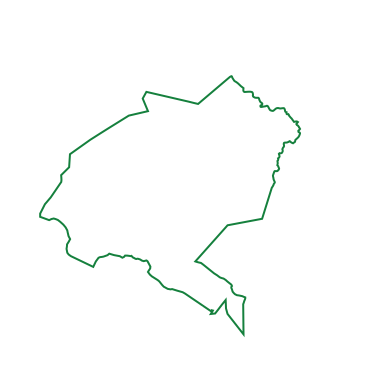 Santiago Miltepec, Oaxaca, Mexico, rotated 124°
{"feature_id": "50627088B74886386761590", "entity_name": "Santiago Miltepec", "entity_type": "district", "adm_level": 2, "iso_a3": "MEX", "parent_name": "Mexico", "parent_adm1": "Oaxaca", "projection": "natural_earth1", "projection_center": [-97.734, 17.988], "detail": "fine", "context": "isolated", "style": "outline", "palette": "green", "viewbox_px": 384, "rotation_deg": 124, "n_neighbors": 0, "source": "geoboundaries", "source_scale": "gbopen_adm2", "svg_char_len": 4366}
<svg xmlns="http://www.w3.org/2000/svg" viewBox="0 0 384 384"><g transform="rotate(124 192 192)"><path d="M281.2,69.7L256.4,86.8L254.8,87.2L253.2,87.7L252.1,87.9L250.5,88.3L249.6,88.9L250.0,90.6L250.2,91.9L250.7,93.2L251.5,95.2L252.4,97.0L252.7,99.2L252.4,100.9L251.9,102.6L250.4,104.4L249.4,105.9L248.3,106.4L247.6,106.3L246.8,107.6L246.6,110.4L246.4,112.7L246.3,113.5L246.1,114.7L246.1,117.4L246.5,118.5L246.9,119.8L247.2,121.3L247.0,124.5L247.1,128.2L246.0,141.2L245.9,142.6L245.8,144.9L246.6,146.9L247.5,149.6L247.7,150.4L199.7,143.9L175.0,118.9L143.9,128.2L143.7,128.2L142.5,128.2L141.0,128.3L140.0,128.6L139.4,128.7L138.7,128.6L137.6,128.8L137.2,129.3L136.7,130.2L135.9,131.4L134.6,132.6L134.1,133.2L133.1,134.1L130.2,134.9L128.9,135.2L128.3,135.0L128.0,134.4L127.2,133.2L126.5,132.8L125.8,132.8L125.0,132.6L124.0,132.8L123.4,133.5L123.1,134.1L122.4,134.9L122.1,136.2L120.2,137.0L118.5,138.5L117.7,138.4L116.6,138.8L116.0,139.5L115.4,139.2L114.4,139.1L113.4,139.4L112.8,140.1L112.3,140.7L111.8,141.3L111.2,141.2L110.9,141.1L110.9,140.9L110.5,140.3L110.0,139.8L109.4,139.4L108.5,139.4L107.5,139.6L106.5,140.3L106.0,141.0L105.1,141.2L104.1,141.3L103.6,141.2L103.1,141.2L102.4,141.4L101.6,142.1L100.9,142.8L100.1,143.1L99.7,143.1L99.3,142.8L98.8,142.2L98.4,141.6L97.8,140.9L96.2,139.8L95.6,139.7L95.2,139.4L95.3,138.5L95.4,137.6L95.3,136.4L95.1,135.5L94.3,135.3L93.6,134.9L92.8,134.7L92.0,135.0L91.0,135.4L90.5,135.3L89.8,135.1L89.0,134.9L87.6,134.6L87.0,134.5L86.1,134.5L85.3,134.6L84.4,134.8L83.7,135.0L83.2,135.1L82.8,135.4L82.6,135.8L82.5,136.3L82.7,136.8L82.7,137.1L82.6,137.4L82.4,137.6L81.7,138.1L80.5,137.8L79.3,137.7L78.8,138.7L78.5,139.5L78.2,139.9L78.0,140.4L77.7,141.6L77.8,142.4L77.6,142.9L77.3,143.5L74.8,143.3L74.8,144.2L75.2,145.1L76.8,146.6L76.1,148.6L75.3,150.7L75.2,151.6L74.4,154.3L73.8,155.0L73.7,155.4L73.6,155.7L74.1,156.2L74.3,156.6L74.4,156.9L74.3,157.3L74.0,157.6L73.6,157.9L73.0,158.2L73.2,158.8L73.2,159.2L73.2,159.6L72.9,160.0L72.1,160.8L71.6,161.4L71.2,162.1L71.1,162.5L71.3,163.0L71.9,163.8L72.8,164.8L73.4,165.5L73.8,166.4L74.1,167.3L74.6,168.1L75.4,168.8L76.3,169.2L77.9,169.6L78.9,169.9L79.4,170.2L79.9,170.9L80.2,171.9L80.4,172.7L80.3,173.5L79.6,174.9L79.0,176.0L78.7,176.6L78.5,177.0L78.5,177.6L78.6,178.1L79.9,179.1L81.4,180.7L82.6,181.9L82.9,182.4L83.0,182.7L82.9,183.0L82.5,183.3L82.3,183.4L82.2,183.5L81.9,183.5L81.1,183.0L80.8,182.8L80.4,182.7L79.9,182.9L79.5,183.1L79.3,183.6L79.1,184.3L79.2,184.9L79.1,185.4L79.0,186.0L78.6,186.6L78.2,187.3L77.6,188.1L77.2,188.5L76.9,189.1L76.8,189.5L76.9,189.9L77.5,190.7L78.0,191.5L78.3,192.0L78.6,192.7L78.6,193.1L78.7,193.7L78.7,194.3L78.6,194.8L78.3,195.1L78.0,195.5L77.4,195.7L76.9,196.1L76.0,197.0L75.7,197.5L75.6,198.1L75.9,199.0L76.4,200.0L77.7,201.8L79.2,203.7L79.6,204.2L79.8,204.8L79.7,205.4L79.4,205.9L78.9,206.4L78.2,206.8L77.1,207.4L76.9,210.6L76.5,212.9L76.2,214.8L76.1,216.7L76.2,217.8L76.2,218.6L76.1,219.4L75.6,220.4L75.1,221.7L74.6,222.6L74.2,223.1L73.9,223.6L73.9,223.9L74.0,224.2L74.2,224.3L74.7,224.5L75.3,224.9L76.4,225.2L115.6,236.2L117.2,240.4L118.9,245.1L134.5,285.8L142.1,285.1L149.6,273.7L164.0,287.1L185.2,296.6L193.8,300.4L205.5,305.5L228.9,314.3L240.2,307.7L251.2,309.9L253.2,308.3L255.1,306.9L256.8,306.0L275.4,306.1L284.4,307.1L294.8,305.8L297.5,304.0L295.2,294.7L293.0,293.4L291.3,291.8L290.7,289.9L290.2,287.6L290.4,284.6L291.0,280.4L292.0,277.0L293.6,273.9L295.0,272.5L296.1,271.3L297.6,269.7L299.2,266.7L302.0,266.4L305.3,266.3L306.8,265.4L309.3,264.2L312.1,261.4L312.8,259.3L312.9,256.5L309.3,232.0L303.3,232.9L301.2,232.8L298.8,232.7L297.4,231.8L296.2,230.4L295.0,229.2L291.6,226.7L289.4,226.1L287.9,221.3L285.6,216.0L285.4,213.0L283.9,212.1L282.1,211.9L280.9,210.0L279.8,207.8L279.0,206.1L278.9,206.1L279.0,205.7L279.2,204.8L279.3,204.0L279.1,203.2L279.0,201.5L278.7,200.8L278.6,200.6L278.2,200.3L277.8,199.9L277.5,199.3L277.1,197.9L276.9,197.1L276.9,195.2L276.3,193.3L274.8,192.0L274.3,191.6L274.2,191.3L274.3,190.4L274.3,190.1L277.1,184.8L278.8,183.9L280.9,183.9L282.9,183.8L284.0,180.8L284.4,178.1L284.3,174.5L284.2,171.1L284.4,169.1L285.7,165.0L286.3,162.5L286.1,160.5L285.9,158.0L284.7,155.3L283.6,154.2L282.1,149.2L280.3,143.7L280.1,141.1L280.2,114.6L280.2,109.0L279.0,109.5L278.6,108.4L282.6,108.2L279.8,104.9L275.8,104.6L268.8,104.2L262.7,103.7L269.5,98.7L273.2,94.4L281.2,69.7Z" fill="none" stroke="#15803d" stroke-width="2"/></g></svg>